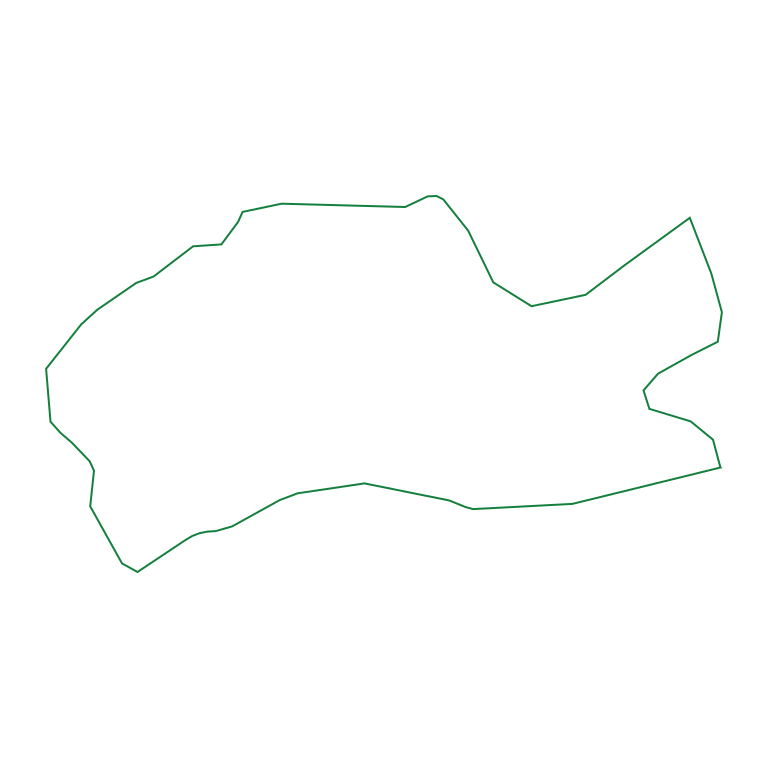 SVG path tracing the border of Mardin
{"feature_id": "TUR-3041", "entity_name": "Mardin", "entity_type": "Province", "adm_level": 1, "iso_a3": "TUR", "parent_name": "Turkey", "parent_adm1": "", "projection": "orthographic", "projection_center": [40.921, 37.344], "detail": "fine", "context": "isolated", "style": "outline", "palette": "green", "viewbox_px": 768, "rotation_deg": 0, "n_neighbors": 0, "source": "natural_earth", "source_scale": "10m", "svg_char_len": 766}
<svg xmlns="http://www.w3.org/2000/svg" viewBox="0 0 768 768"><path d="M720.5,467.5L572.3,503.9L473.1,509.1L465.4,507.0L449.4,500.5L364.4,483.4L297.6,493.3L279.9,500.0L232.1,526.4L215.7,531.1L207.6,531.6L199.8,533.1L192.2,536.0L184.9,540.4L137.5,572.0L137.3,571.9L122.0,563.4L90.2,506.3L94.0,470.7L89.7,461.3L71.7,442.5L60.5,432.9L50.5,421.7L46.1,368.8L81.2,324.4L97.2,309.8L136.1,283.0L153.6,276.5L193.1,246.3L221.4,244.4L238.1,221.9L242.6,211.9L281.6,203.7L405.2,207.0L427.6,196.4L436.6,196.0L443.3,199.4L468.2,230.7L493.3,282.4L531.5,306.2L585.6,294.8L624.9,265.0L689.8,217.8L711.3,273.5L721.9,312.2L717.8,341.7L691.6,354.9L658.0,373.7L643.5,390.4L649.4,408.9L690.7,421.4L713.0,439.7L720.4,467.4L720.5,467.5Z" fill="none" stroke="#15803d" stroke-width="2"/></svg>